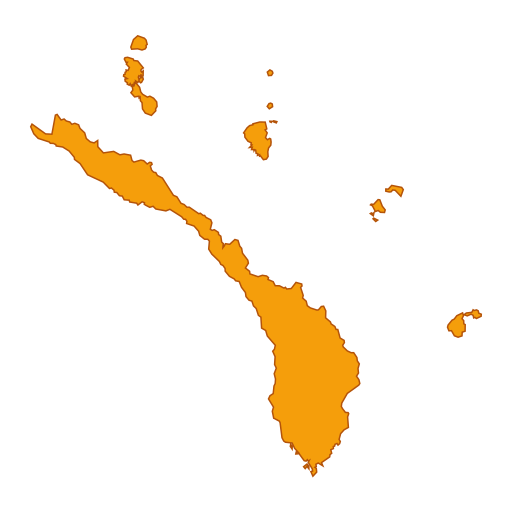 the district of Namatanai District, New Ireland, Papua New Guinea
{"feature_id": "67681753B4611744074236", "entity_name": "Namatanai District", "entity_type": "district", "adm_level": 2, "iso_a3": "PNG", "parent_name": "Papua New Guinea", "parent_adm1": "New Ireland", "projection": "albers", "projection_center": [152.429, -3.72], "detail": "fine", "context": "isolated", "style": "filled", "palette": "amber", "viewbox_px": 512, "rotation_deg": 0, "n_neighbors": 0, "source": "geoboundaries", "source_scale": "gbopen_adm2", "svg_char_len": 6027}
<svg xmlns="http://www.w3.org/2000/svg" viewBox="0 0 512 512"><path d="M30.7,126.7L33.8,133.8L38.2,138.4L49.3,142.0L50.3,143.3L53.4,143.4L55.8,144.6L56.2,146.0L62.7,147.0L69.1,151.0L74.3,157.3L74.5,159.4L80.1,163.6L87.6,174.8L103.2,182.1L109.5,188.5L111.4,188.0L114.0,190.2L114.3,192.2L116.8,192.5L119.4,195.7L122.3,196.1L124.2,199.8L129.2,200.2L129.7,202.0L136.7,203.2L137.9,205.0L142.1,201.8L144.5,202.7L144.2,204.2L145.5,205.1L149.7,207.3L153.1,206.3L155.8,209.0L165.9,210.9L169.9,209.3L181.6,216.7L183.7,219.2L185.6,219.3L186.9,221.3L186.6,223.5L194.0,226.0L198.6,231.2L199.8,235.4L204.5,239.2L207.8,239.3L209.4,241.1L208.7,249.1L211.8,254.1L219.4,261.5L220.8,264.4L223.0,265.5L225.1,268.5L225.2,271.2L229.4,276.3L234.2,278.9L235.6,280.8L239.2,281.5L241.5,287.3L245.4,292.5L246.0,296.6L249.0,300.2L251.9,301.1L253.5,305.9L256.2,308.5L258.4,315.3L260.9,317.1L261.6,328.1L265.7,330.5L267.3,336.0L275.3,345.3L274.4,349.3L272.7,351.2L275.1,356.7L274.6,364.5L276.3,368.1L274.2,373.7L275.5,379.0L275.2,383.5L274.0,386.0L273.2,393.6L270.0,395.7L268.5,398.9L273.5,407.1L272.3,411.3L273.7,418.2L279.3,421.1L280.1,422.7L282.0,437.7L283.7,441.0L285.4,442.2L292.1,443.0L294.6,448.3L298.2,452.3L296.2,452.0L295.8,454.0L299.1,453.7L304.2,460.7L306.1,461.1L307.3,459.7L308.3,461.1L309.1,460.6L308.2,462.3L312.3,468.9L312.6,471.1L310.9,471.6L312.9,476.2L316.7,472.1L316.3,468.4L314.9,467.3L316.3,466.5L315.9,464.3L318.2,463.0L322.8,465.8L321.5,462.6L329.7,456.9L330.0,454.6L331.7,453.3L330.8,449.7L333.4,448.6L333.3,446.5L334.6,446.1L335.0,444.3L337.0,443.5L338.0,445.1L339.6,443.7L340.3,441.5L339.1,439.4L340.6,433.7L344.1,429.8L348.4,427.4L347.6,416.9L348.7,413.7L348.1,412.6L345.4,412.4L342.7,408.9L341.3,406.5L341.8,403.0L347.3,393.4L358.8,385.1L359.8,383.5L358.9,379.7L356.5,376.2L358.5,373.0L358.0,368.5L359.3,363.9L357.3,360.8L356.9,357.5L353.7,352.7L351.1,352.7L347.3,350.9L343.2,346.9L342.7,345.2L344.4,342.6L344.1,340.4L340.1,338.0L337.8,329.5L336.0,329.4L334.9,326.5L331.1,323.9L330.4,321.9L325.6,317.8L325.8,310.9L323.6,306.2L321.3,306.5L318.5,309.8L317.0,310.1L310.3,307.9L307.3,305.7L306.2,301.2L302.6,298.0L303.2,295.4L300.6,287.4L302.0,286.0L301.7,284.0L296.0,282.4L291.3,288.5L286.7,289.0L285.4,287.3L284.0,288.1L279.5,285.8L275.2,285.7L273.2,281.7L268.0,279.5L268.5,277.6L266.6,276.0L262.4,275.3L258.1,276.7L249.9,273.9L249.6,271.3L245.4,268.0L248.4,263.2L247.8,260.2L242.5,253.2L241.6,248.3L239.8,246.2L238.0,240.4L234.9,239.5L229.7,244.3L225.4,243.7L224.1,246.2L222.9,247.7L223.3,243.6L221.7,242.1L220.8,236.2L218.6,234.5L218.4,232.4L214.3,229.7L212.1,230.4L210.3,229.3L211.9,222.8L210.7,219.8L206.0,217.4L204.6,215.4L203.1,215.4L200.3,213.2L198.8,213.7L189.3,207.2L186.9,207.2L184.1,204.5L181.0,203.3L176.9,196.8L173.4,195.3L162.4,178.0L157.4,175.5L155.8,172.6L153.6,172.2L151.6,170.1L150.3,165.9L152.1,164.3L151.5,162.6L149.7,162.3L147.2,164.0L143.7,160.7L140.8,160.1L133.9,162.1L132.0,160.5L130.6,155.2L124.1,154.0L119.9,154.8L113.7,151.4L103.4,152.9L97.8,146.7L97.7,140.5L94.1,142.9L90.3,141.9L86.3,138.5L84.7,132.9L80.0,128.4L78.6,124.8L74.8,123.3L71.8,124.3L69.9,122.0L66.3,121.0L64.1,119.0L61.1,120.0L57.1,114.4L55.4,115.1L51.9,134.2L45.6,133.9L32.0,124.1L30.7,126.7ZM265.2,122.1L259.8,122.0L252.9,123.8L253.0,124.7L249.6,125.6L247.1,127.8L243.6,132.9L244.7,133.9L244.9,137.2L248.0,141.3L251.3,142.8L251.0,144.5L252.0,144.9L249.5,147.5L252.3,147.2L251.5,149.6L253.8,149.6L254.0,150.8L254.6,149.7L255.7,150.1L256.1,153.3L257.8,153.7L257.5,155.4L259.6,154.7L259.6,156.2L260.5,155.9L263.4,159.7L266.4,159.1L268.1,156.5L267.8,151.7L268.6,147.9L270.8,145.2L271.1,142.0L270.7,139.0L269.7,138.4L267.4,139.7L265.5,137.6L267.2,132.9L265.1,129.9L266.8,128.9L265.2,122.1ZM127.6,57.3L125.0,57.7L124.3,59.0L126.0,62.3L127.4,62.3L126.3,64.1L129.4,67.5L128.1,70.4L126.1,70.0L126.3,71.6L125.1,72.3L125.0,74.3L123.8,74.6L123.5,76.2L127.2,78.6L124.9,79.1L125.2,81.3L127.4,82.7L127.2,84.1L129.2,85.2L130.2,83.7L131.2,86.1L132.4,84.5L133.7,84.7L134.4,82.3L135.8,82.3L135.6,80.9L137.8,82.5L138.9,80.9L140.5,82.8L141.5,82.4L143.3,79.2L142.8,77.5L140.1,77.9L139.1,79.9L138.3,77.1L138.9,75.7L140.4,76.4L141.2,74.2L140.9,76.4L143.1,75.8L143.2,70.9L141.8,72.1L140.9,70.9L141.1,69.5L143.3,67.9L137.7,61.0L133.8,60.5L133.2,59.0L127.6,57.3ZM136.2,83.2L134.6,83.5L134.0,85.9L132.3,86.3L132.8,90.1L130.9,92.7L134.6,96.9L138.9,96.2L139.1,97.9L140.1,97.0L140.4,100.7L142.0,102.6L142.5,108.9L145.3,113.1L151.4,115.4L155.8,110.8L155.6,108.9L157.1,106.4L156.7,101.9L153.6,98.2L149.9,96.2L147.4,97.1L142.6,94.3L140.8,92.0L139.6,87.3L136.2,83.2ZM465.1,331.2L465.2,324.6L463.8,323.8L463.7,320.6L462.0,318.7L463.5,315.6L462.6,312.9L456.8,315.7L454.2,319.1L452.0,320.2L448.1,325.0L447.5,327.2L448.9,330.8L451.5,330.7L454.4,335.8L458.1,337.2L462.0,335.9L462.2,332.2L465.1,331.2ZM144.4,38.2L137.7,35.8L133.5,39.5L130.8,47.1L131.6,49.2L137.7,48.8L142.0,50.0L145.2,48.9L146.3,47.2L146.0,45.4L147.2,44.4L146.1,40.1L144.4,38.2ZM382.3,206.2L379.8,199.8L378.1,199.6L373.6,204.4L371.2,204.1L370.5,204.9L372.4,205.8L375.4,211.5L378.2,210.5L380.4,212.3L384.5,212.5L385.2,209.9L382.3,206.2ZM401.7,187.4L391.7,185.4L388.3,189.1L385.8,189.0L385.8,191.2L389.2,192.0L391.1,191.8L392.7,190.0L395.2,190.3L400.9,196.3L403.3,189.6L401.7,187.4ZM474.0,310.5L473.1,309.8L471.8,312.3L466.3,313.0L464.1,314.7L467.2,315.9L471.1,314.2L473.1,315.3L473.7,317.9L474.9,317.4L476.4,318.5L481.1,316.3L481.3,314.2L478.8,313.2L478.2,310.8L476.6,309.9L474.0,310.5ZM268.5,75.6L271.5,75.4L272.9,73.1L272.3,71.3L269.9,69.9L267.3,72.1L268.5,75.6ZM269.3,108.8L272.6,106.7L272.3,104.0L270.7,103.1L269.0,103.6L267.2,106.4L269.3,108.8ZM308.8,466.3L307.0,464.0L303.6,466.7L305.2,468.6L307.0,466.4L308.9,468.8L308.8,466.3ZM373.3,215.8L374.0,212.6L373.0,213.7L371.4,212.9L370.3,213.6L373.3,215.8ZM377.7,220.1L373.7,218.1L373.0,218.8L375.7,221.5L377.7,220.1ZM292.1,449.0L292.2,446.5L290.7,444.3L290.3,446.4L292.1,449.0ZM276.9,121.6L273.6,120.8L272.4,121.4L276.3,122.9L276.9,121.6ZM271.2,122.3L271.1,121.2L269.8,121.2L270.0,121.9L271.2,122.3Z" fill="#f59e0b" stroke="#b45309" stroke-width="1.5"/></svg>